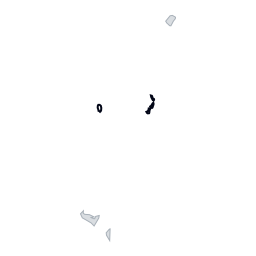 Tonga, with Ha'apai highlighted
{"feature_id": "TON-4948", "entity_name": "Ha'apai", "entity_type": "state/province", "adm_level": 1, "iso_a3": "TON", "parent_name": "Tonga", "parent_adm1": "", "projection": "natural_earth1", "projection_center": [-174.543, -19.707], "detail": "coarse", "context": "in_parent", "style": "outline", "palette": "ink", "viewbox_px": 256, "rotation_deg": 0, "n_neighbors": 0, "source": "natural_earth", "source_scale": "10m", "svg_char_len": 1134}
<svg xmlns="http://www.w3.org/2000/svg" viewBox="0 0 256 256"><path d="M93.7,218.7L94.7,218.7L95.7,216.4L99.2,215.5L98.8,218.0L94.1,226.0L91.1,222.9L82.3,217.8L80.5,213.8L83.4,210.8L83.2,213.2L84.6,214.3L89.5,214.7L94.0,216.9L91.2,217.6L93.7,218.7ZM173.4,21.1L170.9,25.8L169.7,25.7L166.8,23.0L165.7,21.2L170.1,15.8L172.4,15.4L175.5,17.2L175.3,18.7L173.4,21.1ZM110.1,228.9L109.7,240.6L106.5,235.3L106.2,232.8L109.4,229.1L110.1,228.9Z" fill="#d9dde1" stroke="#a8b0b8" stroke-width="1"/><path d="M99.7,104.9L100.8,105.8L101.3,107.9L101.1,110.3L100.4,111.8L100.4,111.3L100.0,111.8L99.3,111.1L98.5,110.8L98.5,110.2L97.7,107.8L97.7,107.0L97.9,105.5L98.3,104.9L99.7,104.9ZM146.4,111.8L147.3,111.5L148.0,110.8L148.5,109.8L148.7,108.6L150.1,109.2L149.5,110.5L149.4,112.1L149.1,113.2L147.8,113.4L146.9,112.8L146.4,111.8ZM150.1,106.5L151.2,105.8L152.4,103.7L153.3,102.7L153.6,103.9L153.4,104.9L153.0,105.8L152.8,106.8L152.3,107.8L151.3,107.9L150.3,107.4L150.1,106.5ZM152.6,98.2L153.9,98.9L154.1,99.7L153.8,100.3L152.8,100.1L152.1,98.9L151.2,97.0L150.9,95.5L151.9,95.8L152.2,96.4L152.6,98.2Z" fill="none" stroke="#020617" stroke-width="2"/></svg>